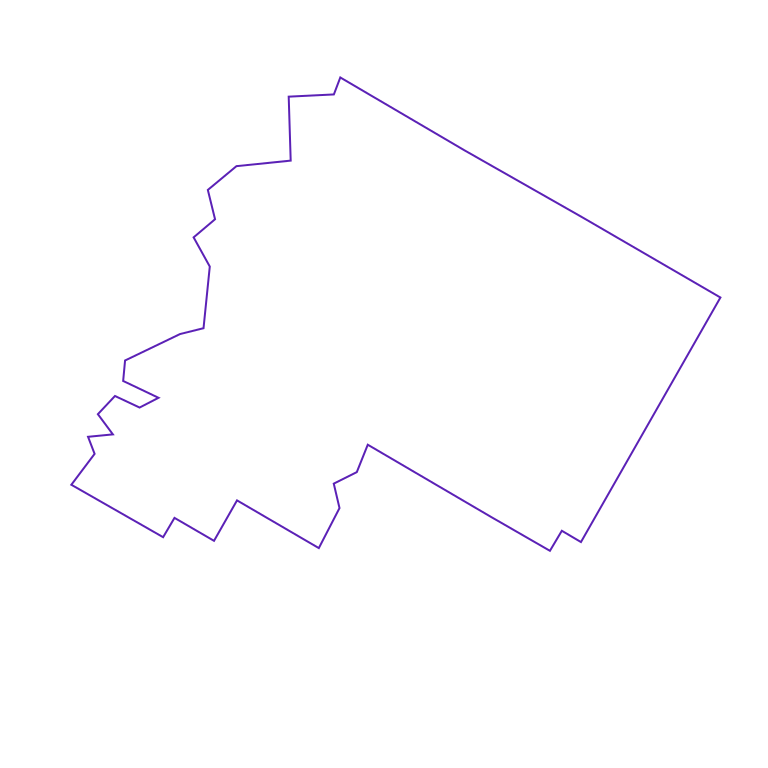 Pike, Indiana, United States of America (Natural Earth projection), rotated 300°
{"feature_id": "52423323B70225579188436", "entity_name": "Pike", "entity_type": "district", "adm_level": 2, "iso_a3": "USA", "parent_name": "United States of America", "parent_adm1": "Indiana", "projection": "natural_earth1", "projection_center": [-87.305, 38.392], "detail": "fine", "context": "isolated", "style": "outline", "palette": "violet", "viewbox_px": 768, "rotation_deg": 300, "n_neighbors": 0, "source": "geoboundaries", "source_scale": "gbopen_adm2", "svg_char_len": 622}
<svg xmlns="http://www.w3.org/2000/svg" viewBox="0 0 768 768"><g transform="rotate(300 384 384)"><path d="M140.4,163.6L140.9,269.3L163.3,269.5L163.2,315.2L209.7,314.9L209.3,409.6L254.3,407.5L272.6,390.3L294.1,404.5L323.3,400.3L322.4,543.1L322.5,611.1L345.8,611.4L345.6,633.6L627.1,632.1L627.5,473.1L626.6,336.6L627.6,192.9L609.7,195.8L585.2,157.8L530.8,191.5L498.9,147.3L464.0,134.4L442.2,155.3L415.8,145.8L398.6,174.4L342.1,199.8L325.3,182.4L274.9,148.0L256.2,156.6L259.3,195.6L241.4,184.1L239.1,157.0L214.8,151.3L204.8,174.4L190.3,154.1L178.8,168.3L140.4,163.6Z" fill="none" stroke="#5b21b6" stroke-width="2"/></g></svg>